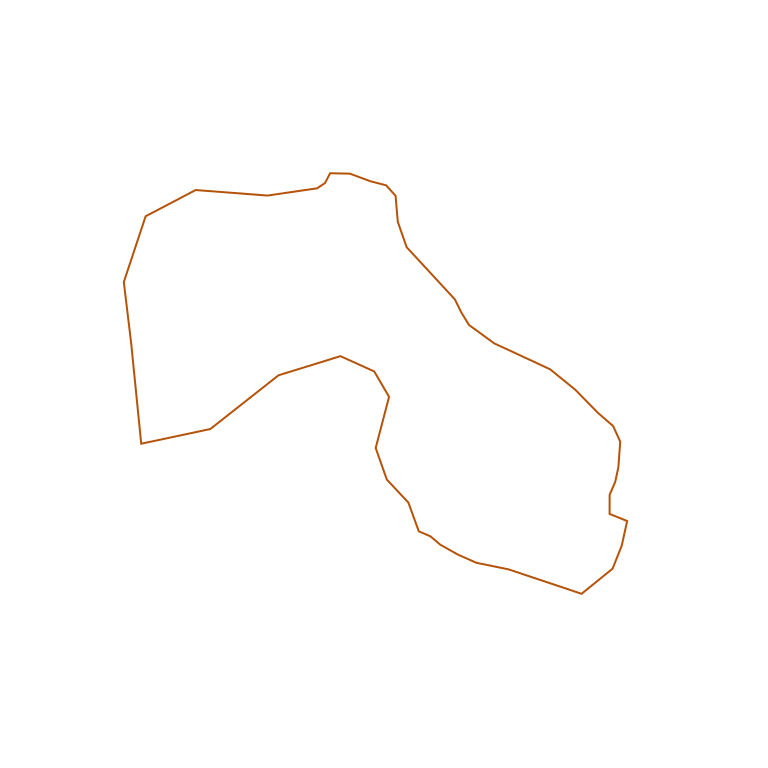 Batman, Albers equal-area conic projection, rotated 120°
{"feature_id": "TUR-3042", "entity_name": "Batman", "entity_type": "Province", "adm_level": 1, "iso_a3": "TUR", "parent_name": "Turkey", "parent_adm1": "", "projection": "albers", "projection_center": [41.379, 38.036], "detail": "fine", "context": "isolated", "style": "outline", "palette": "amber", "viewbox_px": 768, "rotation_deg": 120, "n_neighbors": 0, "source": "natural_earth", "source_scale": "10m", "svg_char_len": 728}
<svg xmlns="http://www.w3.org/2000/svg" viewBox="0 0 768 768"><g transform="rotate(120 384 384)"><path d="M381.1,104.9L405.1,97.3L429.6,93.7L466.9,108.0L482.3,183.6L492.6,214.4L494.8,234.5L495.0,255.0L492.7,267.7L494.2,280.2L474.5,303.6L465.4,333.7L443.6,359.2L392.6,373.2L378.0,398.7L381.7,435.7L429.2,479.7L509.8,511.9L557.1,564.4L475.3,623.2L425.8,660.3L357.9,674.3L310.2,644.1L279.1,579.2L248.0,539.8L239.6,535.6L228.4,536.0L218.9,518.7L215.3,497.6L210.9,481.5L215.2,468.1L236.6,453.2L254.2,432.8L275.3,364.9L283.4,352.8L290.4,339.9L293.7,308.9L288.2,247.4L293.4,215.2L302.0,184.4L305.9,164.5L315.8,150.6L338.9,139.4L353.2,134.8L367.1,133.2L383.7,123.7L381.1,104.9Z" fill="none" stroke="#b45309" stroke-width="2"/></g></svg>